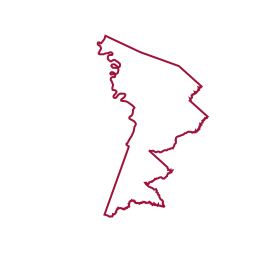 Mapiripana, Guainía, Colombia, rotated 312°
{"feature_id": "7082276B54584642345614", "entity_name": "Mapiripana", "entity_type": "district", "adm_level": 2, "iso_a3": "COL", "parent_name": "Colombia", "parent_adm1": "Guainía", "projection": "mercator", "projection_center": [-70.379, 2.876], "detail": "fine", "context": "isolated", "style": "outline", "palette": "rose", "viewbox_px": 256, "rotation_deg": 312, "n_neighbors": 0, "source": "geoboundaries", "source_scale": "gbopen_adm2", "svg_char_len": 5853}
<svg xmlns="http://www.w3.org/2000/svg" viewBox="0 0 256 256"><g transform="rotate(312 128 128)"><path d="M114.7,141.1L47.9,168.5L49.3,171.4L49.7,173.5L50.1,174.0L51.1,174.5L51.2,174.9L51.7,175.5L52.7,175.4L53.9,174.5L54.5,175.4L56.0,175.9L57.1,175.2L57.8,175.4L57.9,175.1L58.5,174.9L58.9,174.5L60.6,174.6L60.9,174.1L61.4,174.0L61.9,174.4L62.1,174.3L62.1,174.8L62.5,174.8L62.8,175.6L63.6,176.0L64.3,177.7L64.8,178.4L64.8,178.8L64.5,178.8L64.9,179.6L65.4,179.9L65.9,179.8L66.2,179.9L66.3,179.5L66.6,179.5L66.9,180.2L67.8,180.1L68.0,180.7L68.2,180.9L69.3,180.5L70.3,181.5L70.6,181.4L71.2,180.5L71.6,180.1L71.7,179.7L72.1,179.4L72.4,179.5L72.4,179.3L72.7,179.4L73.8,178.6L75.1,178.6L76.2,179.0L76.0,179.4L76.5,179.6L76.8,179.4L76.8,179.8L77.4,180.2L77.6,181.8L77.8,181.7L77.7,182.1L77.9,182.3L77.5,182.5L77.4,182.9L77.6,183.4L77.4,183.8L77.8,184.6L78.3,184.7L78.6,185.3L79.1,185.6L79.3,186.8L79.6,186.6L80.0,186.8L80.3,187.6L80.8,187.9L80.8,187.5L81.5,187.6L81.5,188.0L82.9,189.0L83.4,188.8L83.6,189.4L84.3,189.9L84.4,190.7L84.1,190.9L84.3,191.6L84.9,191.7L85.8,193.0L86.9,193.1L87.0,193.4L87.4,193.4L87.3,194.0L87.6,194.2L87.8,194.7L87.6,195.1L87.1,195.3L87.4,196.0L87.2,196.7L87.8,197.2L87.7,197.4L87.9,197.4L87.7,197.6L88.2,197.7L88.0,197.9L88.7,198.0L88.6,198.6L89.0,198.5L88.9,198.7L89.3,199.3L89.2,199.7L89.6,199.9L89.5,200.4L89.6,200.6L89.8,200.4L89.9,201.0L90.3,201.2L90.1,201.7L90.5,201.9L91.0,201.8L90.6,202.2L91.1,202.4L91.0,202.7L91.1,203.2L91.9,204.0L92.0,204.2L91.8,204.2L92.3,205.0L92.4,205.5L92.7,205.5L93.0,206.0L93.3,206.0L93.1,206.7L93.5,207.1L93.5,207.3L94.0,207.4L94.2,207.2L94.3,206.8L93.9,206.8L93.9,205.9L95.1,204.8L95.2,204.2L96.5,203.5L97.0,202.8L96.9,202.1L97.2,201.6L96.9,200.6L96.9,199.5L97.4,198.6L97.6,197.5L98.9,196.4L99.0,195.7L98.7,195.4L98.6,195.0L99.7,193.6L99.4,192.7L99.4,191.9L100.5,191.7L100.9,190.9L100.8,190.1L101.2,189.7L99.7,188.6L99.7,186.6L98.3,182.4L98.3,179.0L98.7,177.4L99.5,178.2L99.2,179.0L99.6,179.4L99.5,179.8L99.9,180.6L100.8,180.6L101.8,180.2L103.3,180.9L103.8,181.7L104.6,181.5L105.0,182.0L105.8,181.9L106.4,182.2L107.3,182.2L107.9,182.5L108.3,182.2L108.6,182.9L109.6,183.0L110.3,183.8L112.7,184.8L113.6,185.6L113.8,187.9L114.6,188.7L115.5,188.6L116.3,189.0L117.3,188.9L118.3,189.2L119.4,188.6L121.1,188.1L121.4,188.6L122.0,188.7L122.3,189.2L123.3,189.1L124.1,189.9L124.8,189.2L125.6,189.5L126.0,189.4L124.6,188.5L124.9,188.0L124.6,187.6L125.0,187.4L124.2,187.1L124.2,186.1L123.9,185.9L124.3,185.7L124.6,184.2L125.2,183.7L125.3,158.6L126.2,160.4L128.1,162.1L128.2,163.7L128.7,165.0L130.3,165.8L131.2,166.8L131.3,168.0L131.6,168.4L133.6,169.3L134.9,169.5L136.4,170.5L137.2,171.7L138.7,171.9L139.9,172.9L141.9,173.7L142.8,175.0L143.3,174.7L145.4,174.4L146.9,173.5L148.5,173.7L149.1,173.2L150.0,172.9L150.3,172.1L150.9,171.8L151.0,171.3L151.4,171.2L152.8,170.3L153.8,170.2L155.5,170.9L156.6,171.8L158.3,172.4L160.2,173.6L162.1,173.7L163.1,174.6L164.6,174.9L165.8,175.5L166.3,176.3L166.8,176.6L166.9,177.1L167.3,177.5L167.3,178.2L167.8,178.5L167.8,179.1L168.7,179.4L168.9,180.0L169.6,180.2L169.7,180.6L170.0,180.8L170.1,180.7L170.2,181.0L170.5,180.8L170.4,181.0L170.8,181.1L171.2,180.8L171.8,180.9L171.8,181.2L172.3,181.0L172.7,181.4L172.9,181.3L172.9,181.6L174.2,181.7L174.5,181.3L174.9,181.7L175.1,181.4L175.1,180.9L175.4,180.8L175.3,181.1L175.6,181.2L176.5,180.3L176.6,180.5L177.3,180.7L177.8,180.5L177.8,180.2L178.5,179.6L178.4,180.2L179.1,179.8L179.6,180.3L179.9,179.7L180.0,179.9L180.5,179.5L181.6,179.4L181.9,179.7L182.5,179.5L182.6,179.3L183.3,179.2L183.3,178.5L184.2,178.7L184.6,178.6L185.0,179.1L185.4,178.8L185.9,178.8L186.0,179.0L186.9,178.6L187.2,179.4L187.9,179.5L188.1,179.8L188.6,179.6L188.8,179.8L189.4,179.4L189.7,179.5L189.7,155.7L190.2,155.9L190.5,155.6L190.6,155.8L191.0,155.1L191.0,155.5L192.3,155.0L192.6,155.2L192.9,155.1L193.4,155.2L194.8,153.5L195.3,153.8L195.9,153.4L196.5,153.7L196.3,154.0L196.9,154.0L197.6,154.5L198.8,154.5L199.0,154.2L199.0,154.5L199.3,154.4L199.5,155.1L200.3,155.1L200.5,154.6L200.9,155.0L201.8,155.2L203.2,154.7L203.1,155.0L203.8,155.3L204.0,154.6L204.8,154.6L204.9,154.0L205.3,154.1L205.4,153.8L205.5,154.1L205.8,153.8L206.2,154.4L207.2,154.2L207.2,154.5L207.4,154.4L207.6,154.7L207.8,154.5L207.9,154.9L208.1,154.9L208.1,124.4L192.6,86.4L181.4,49.5L178.5,50.9L173.2,51.4L172.3,50.8L172.2,50.4L172.5,49.5L171.6,48.6L171.0,48.7L170.5,49.0L169.9,49.7L169.8,50.7L170.2,51.7L170.2,52.7L169.4,54.4L168.8,54.9L163.9,56.1L163.6,56.5L163.7,57.4L166.4,60.5L168.0,61.1L170.8,63.5L172.2,63.9L173.1,65.2L173.0,66.7L172.1,67.2L171.5,67.2L170.2,65.7L169.0,65.1L168.2,65.1L167.5,65.4L166.4,66.2L165.8,66.9L165.6,68.7L165.9,70.5L166.4,71.0L167.8,71.3L169.0,71.8L169.7,72.6L169.9,74.6L170.3,75.9L170.3,78.8L169.9,79.4L169.0,80.3L168.1,80.7L167.2,80.6L166.6,79.6L166.4,78.1L166.4,76.0L165.9,74.8L164.5,73.7L163.3,73.8L162.7,74.6L162.7,76.6L165.8,80.1L165.7,80.8L164.7,82.1L162.7,83.3L161.6,83.5L160.6,83.2L160.0,82.7L159.7,82.0L159.5,80.0L158.8,78.7L157.7,78.1L156.7,78.3L156.4,78.8L156.4,79.7L158.2,81.0L158.7,82.5L158.5,83.3L157.9,83.8L157.0,84.0L156.3,83.5L155.7,82.6L155.0,82.1L153.8,81.9L152.8,82.4L152.0,83.4L151.8,84.8L150.8,86.4L150.4,87.7L149.5,88.5L148.6,88.8L147.2,89.6L146.2,90.7L146.2,91.3L147.3,92.9L147.5,93.6L147.6,94.3L147.4,95.1L147.0,95.4L145.3,95.8L142.6,95.7L141.7,96.1L141.3,96.6L141.1,97.2L141.3,97.8L142.4,98.8L146.6,98.6L148.5,99.4L150.7,101.9L151.1,102.9L151.1,103.5L150.3,104.2L148.6,104.7L144.7,103.9L144.2,104.1L143.8,104.5L144.1,105.4L146.2,108.2L147.0,110.3L147.7,116.1L147.5,119.1L144.6,119.7L143.2,121.0L140.8,122.3L139.2,122.3L137.7,121.8L136.8,121.9L136.3,122.2L136.0,122.8L136.0,123.7L136.5,125.1L137.1,128.3L136.7,130.4L136.0,131.3L134.9,131.8L133.3,132.0L129.5,134.3L127.8,135.0L124.1,136.1L119.3,136.9L118.6,137.2L116.3,137.7L115.3,137.4L114.5,138.1L114.8,140.8L114.7,141.1Z" fill="none" stroke="#9f1239" stroke-width="2"/></g></svg>